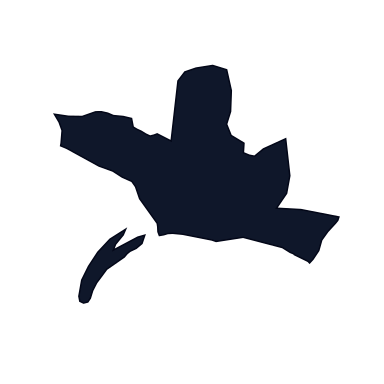 the border of Mannārama, rotated 280°
{"feature_id": "LKA-2457", "entity_name": "Mannārama", "entity_type": "District", "adm_level": 1, "iso_a3": "LKA", "parent_name": "Sri Lanka", "parent_adm1": "", "projection": "robinson", "projection_center": [80.02, 8.88], "detail": "fine", "context": "isolated", "style": "filled", "palette": "ink", "viewbox_px": 384, "rotation_deg": 280, "n_neighbors": 0, "source": "natural_earth", "source_scale": "10m", "svg_char_len": 1404}
<svg xmlns="http://www.w3.org/2000/svg" viewBox="0 0 384 384"><g transform="rotate(280 192 192)"><path d="M142.5,320.1L143.8,318.4L144.4,316.4L148.1,303.6L148.6,303.1L148.8,302.8L149.6,299.1L153.0,290.7L156.3,250.2L147.5,224.3L148.2,219.9L148.8,190.4L148.8,190.0L148.0,180.1L146.9,175.3L145.0,171.6L143.5,167.4L146.9,165.4L151.8,164.3L155.1,163.2L176.3,141.6L187.4,135.5L192.0,130.9L194.5,120.8L198.9,110.3L201.4,95.9L213.1,61.5L213.6,59.6L214.7,54.6L217.3,54.6L230.0,53.4L237.7,49.0L244.7,43.0L245.1,57.2L247.3,70.8L254.1,82.9L254.8,85.9L255.3,89.0L255.0,95.3L253.6,101.3L254.4,111.1L253.9,119.7L245.8,122.8L244.2,126.9L243.0,131.5L241.1,136.2L239.8,141.0L241.5,144.8L243.2,147.6L238.6,162.6L299.0,158.9L309.0,164.1L314.7,174.4L320.2,190.4L318.4,204.9L298.7,213.1L278.0,216.0L264.8,214.3L254.5,220.7L249.1,234.7L239.6,235.8L238.2,241.9L238.1,247.4L246.8,254.8L260.7,275.0L225.0,285.5L207.1,285.4L190.7,278.0L193.6,302.4L192.9,341.0L189.4,340.5L186.3,338.8L176.6,332.6L167.2,328.1L156.3,327.0L146.7,322.8L142.5,320.1ZM69.7,110.3L65.6,108.5L63.8,104.5L64.9,100.5L69.7,98.7L86.1,98.7L93.3,100.8L100.8,103.0L116.4,109.7L131.3,119.4L143.8,133.1L137.8,131.7L127.3,125.8L121.1,124.6L130.6,136.8L138.1,146.4L141.3,153.0L132.6,151.7L126.8,146.8L122.9,141.3L120.0,138.8L116.2,136.6L101.1,121.4L93.6,117.7L86.1,113.9L80.6,112.2L77.7,111.3L69.7,110.3Z" fill="#0f172a" stroke="#020617" stroke-width="1.5"/></g></svg>